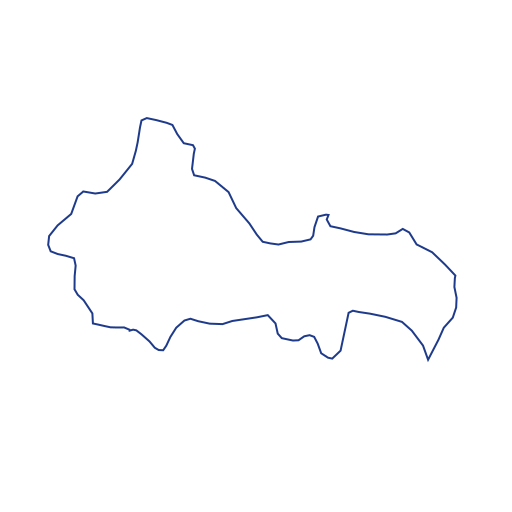 the border of Kratovo, rotated 12°
{"feature_id": "MKD-2940", "entity_name": "Kratovo", "entity_type": "Statistical Region", "adm_level": 1, "iso_a3": "MKD", "parent_name": "North Macedonia", "parent_adm1": "", "projection": "albers", "projection_center": [22.124, 42.077], "detail": "fine", "context": "isolated", "style": "outline", "palette": "blue", "viewbox_px": 512, "rotation_deg": 12, "n_neighbors": 0, "source": "natural_earth", "source_scale": "10m", "svg_char_len": 1623}
<svg xmlns="http://www.w3.org/2000/svg" viewBox="0 0 512 512"><g transform="rotate(12 256 256)"><path d="M445.9,321.7L438.0,308.9L423.9,296.6L412.5,290.1L395.2,288.6L379.5,288.7L368.2,289.4L362.1,289.4L358.4,292.3L358.4,314.2L358.4,331.0L351.9,340.5L347.6,340.5L340.0,337.6L334.5,328.8L329.7,323.0L324.9,322.3L319.9,324.5L315.1,329.6L309.7,331.0L298.3,331.0L293.4,327.4L289.1,317.9L279.8,311.4L269.6,315.8L246.3,324.5L237.4,329.6L224.8,331.8L213.0,331.8L204.9,331.0L199.4,334.0L192.9,342.7L189.1,352.9L186.9,362.4L184.8,367.5L180.4,368.2L176.1,366.8L169.6,361.7L160.4,356.5L154.4,353.6L151.1,353.6L147.9,355.3L147.6,354.4L141.8,353.3L134.5,354.9L128.5,356.0L122.9,356.0L115.6,355.9L110.5,355.9L107.9,346.2L96.6,335.1L89.7,331.0L85.4,326.3L82.8,313.4L81.6,302.9L78.5,296.0L69.8,295.3L61.7,295.3L54.2,294.1L50.4,288.3L49.5,279.5L55.6,267.3L66.5,253.3L69.1,234.7L72.7,230.1L73.6,228.8L85.8,228.3L97.0,224.2L106.6,209.6L115.7,191.6L116.6,178.1L116.6,169.4L115.8,154.2L115.8,147.2L120.5,143.8L130.1,143.8L140.9,144.3L147.0,145.2L153.6,153.1L161.9,160.7L171.3,160.7L173.9,163.7L173.9,168.9L175.3,184.1L178.7,189.9L190.0,189.9L200.3,191.1L215.9,199.2L226.7,213.3L242.7,225.5L252.3,234.9L259.6,240.7L267.4,240.7L275.6,240.1L285.1,235.5L297.2,232.5L305.9,228.4L307.7,224.3L307.2,215.6L308.5,204.5L315.9,201.0L318.4,200.8L317.6,205.6L322.6,211.4L332.8,211.4L346.9,212.1L361.5,211.4L379.9,207.7L387.9,204.8L393.9,199.0L401.0,201.1L410.7,211.3L427.5,215.7L442.7,225.1L455.1,233.7L455.1,236.2L456.5,245.1L460.9,255.2L462.5,264.8L461.3,275.4L454.6,287.1L451.9,299.9L445.9,321.7Z" fill="none" stroke="#1e3a8a" stroke-width="2"/></g></svg>